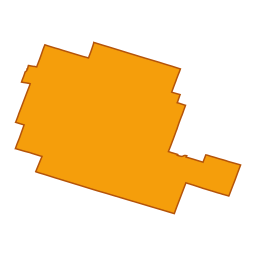 Daneti, Dolj, Romania (Robinson projection)
{"feature_id": "2599482B50107441786300", "entity_name": "Daneti", "entity_type": "district", "adm_level": 2, "iso_a3": "ROU", "parent_name": "Romania", "parent_adm1": "Dolj", "projection": "robinson", "projection_center": [24.066, 43.939], "detail": "fine", "context": "isolated", "style": "filled", "palette": "amber", "viewbox_px": 256, "rotation_deg": 0, "n_neighbors": 0, "source": "geoboundaries", "source_scale": "gbopen_adm2", "svg_char_len": 3501}
<svg xmlns="http://www.w3.org/2000/svg" viewBox="0 0 256 256"><path d="M228.8,196.0L229.0,195.6L230.0,193.0L233.1,184.9L234.8,180.6L236.3,176.5L237.9,172.1L238.6,170.3L239.5,167.9L239.8,167.1L240.6,165.0L239.4,164.6L232.6,162.7L228.6,161.6L226.0,160.7L223.0,159.8L219.6,158.9L218.3,158.5L215.1,157.5L212.7,156.8L211.5,156.5L210.2,156.1L208.7,155.6L207.0,155.1L205.8,154.9L203.4,161.2L203.0,162.2L202.8,162.1L197.8,160.6L193.3,159.2L187.5,157.5L186.1,157.1L186.6,155.9L186.7,155.7L185.3,155.5L184.5,155.5L183.8,155.7L183.4,155.9L182.9,156.2L182.6,156.3L181.8,156.4L181.1,156.4L180.9,156.3L179.9,156.1L177.3,155.3L177.7,154.5L176.6,154.1L174.8,153.6L172.9,153.0L171.4,152.6L169.5,151.9L168.4,151.6L168.5,151.2L169.2,149.5L170.9,145.2L172.7,140.4L173.0,139.7L175.2,133.7L175.8,132.0L177.0,128.9L177.7,126.7L178.9,123.2L179.2,122.3L181.5,116.2L182.0,115.1L182.5,113.7L182.8,112.9L183.3,111.5L183.9,109.7L184.7,107.6L185.5,105.3L184.7,105.1L179.6,103.4L177.2,102.7L177.4,102.3L179.7,95.7L180.1,94.6L175.4,93.3L173.0,92.6L171.7,92.1L172.7,89.4L174.2,85.3L174.5,84.5L175.9,80.9L176.4,79.4L178.0,75.2L179.5,71.5L180.4,68.9L179.0,68.5L172.5,66.4L170.9,65.9L168.1,65.1L163.9,63.8L159.5,62.4L150.4,59.7L146.0,58.4L144.9,58.1L143.7,57.7L140.0,56.6L135.5,55.2L127.9,52.9L121.2,50.8L117.6,49.7L110.8,47.6L105.8,46.1L103.1,45.3L99.5,44.2L96.9,43.4L95.4,42.9L94.5,42.7L93.8,42.4L93.6,43.3L93.5,43.7L92.9,45.7L92.4,47.1L92.1,48.1L91.5,49.8L90.9,51.6L88.5,57.9L88.3,57.9L87.8,57.8L86.9,57.5L85.1,57.0L83.1,56.5L76.1,54.4L65.6,51.2L62.6,50.3L58.6,49.0L55.3,48.1L47.8,45.8L44.9,44.8L44.1,46.7L43.0,49.6L42.4,51.4L41.9,52.8L41.0,55.4L39.6,59.3L39.0,60.8L38.2,62.9L37.9,63.8L37.6,64.4L37.2,65.5L36.7,66.9L35.6,66.7L35.0,66.5L34.4,66.4L33.5,66.4L31.8,66.1L30.1,65.8L28.8,65.5L28.4,65.5L28.2,66.1L27.9,67.5L27.6,68.5L27.5,68.9L26.5,68.7L26.9,68.9L26.9,69.0L27.0,69.4L26.9,70.0L26.9,70.3L26.7,70.6L26.4,70.9L26.2,71.1L25.9,71.5L25.5,71.7L25.3,71.9L25.2,71.9L25.1,72.1L24.5,73.9L23.6,76.5L22.4,79.5L21.5,82.1L23.6,82.5L26.3,82.9L28.4,83.3L30.2,83.7L29.9,84.8L28.5,88.4L27.1,92.0L24.9,97.8L23.0,102.8L21.0,108.1L19.4,112.2L18.7,114.0L18.2,115.6L17.3,118.0L16.1,121.2L15.8,121.9L15.6,122.3L19.1,123.4L24.1,124.9L22.6,129.1L19.5,137.9L17.0,144.1L15.5,148.3L15.4,148.6L15.5,148.6L20.6,150.1L24.7,151.3L29.8,152.6L31.8,153.3L39.8,155.8L42.0,156.4L41.1,158.6L36.0,171.0L35.7,171.7L35.8,171.8L37.5,172.3L38.0,172.5L39.2,172.9L43.7,174.2L46.9,175.2L55.4,177.9L76.3,184.3L78.3,184.9L92.2,189.2L94.8,190.0L98.1,191.0L106.2,193.3L113.5,195.5L130.6,200.6L174.3,213.6L176.7,207.0L179.9,198.6L185.2,184.7L185.9,182.8L186.5,183.0L187.0,183.2L187.5,183.3L188.0,183.5L188.5,183.6L189.0,183.8L189.5,183.9L190.1,184.1L190.6,184.3L191.1,184.4L191.7,184.6L192.2,184.8L192.7,184.9L193.3,185.1L193.8,185.3L194.3,185.4L194.8,185.6L195.6,185.9L196.4,186.1L197.1,186.4L197.9,186.6L198.7,186.9L199.5,187.2L200.3,187.4L201.2,187.7L202.0,188.0L202.8,188.3L203.2,188.4L203.5,188.5L204.2,188.7L204.9,188.9L205.7,189.1L206.5,189.4L207.3,189.6L207.7,189.7L207.9,189.8L208.1,189.9L208.3,189.9L208.6,190.0L208.8,190.1L209.4,190.3L210.0,190.4L210.5,190.6L211.1,190.8L211.6,190.9L212.0,191.0L212.3,191.1L212.9,191.3L213.5,191.5L214.2,191.7L214.8,191.9L215.1,192.0L215.5,192.1L216.3,192.4L217.0,192.6L217.7,192.8L218.4,193.0L219.2,193.2L219.9,193.4L220.6,193.6L221.3,193.8L222.1,194.1L222.8,194.3L223.6,194.5L224.3,194.7L225.0,194.9L225.7,195.1L226.4,195.3L227.1,195.5L227.5,195.6L228.1,195.8L228.8,196.0Z" fill="#f59e0b" stroke="#b45309" stroke-width="1.5"/></svg>